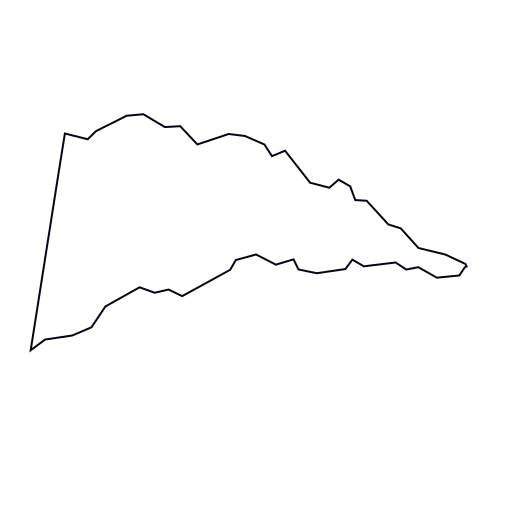 the district of Delta, Texas, United States of America, rotated 8°
{"feature_id": "52423323B91707505421918", "entity_name": "Delta", "entity_type": "district", "adm_level": 2, "iso_a3": "USA", "parent_name": "United States of America", "parent_adm1": "Texas", "projection": "orthographic", "projection_center": [-95.581, 33.357], "detail": "fine", "context": "isolated", "style": "outline", "palette": "ink", "viewbox_px": 512, "rotation_deg": 8, "n_neighbors": 0, "source": "geoboundaries", "source_scale": "gbopen_adm2", "svg_char_len": 780}
<svg xmlns="http://www.w3.org/2000/svg" viewBox="0 0 512 512"><g transform="rotate(8 256 256)"><path d="M48.8,208.6L46.0,380.7L58.7,368.1L85.1,360.3L103.0,349.5L113.9,326.9L145.1,303.2L160.8,306.5L174.1,301.4L188.5,306.0L232.3,273.3L236.6,262.8L255.8,254.5L276.9,261.8L293.7,254.1L299.9,263.4L318.5,264.6L346.3,256.5L352.0,246.2L364.2,251.2L395.2,243.0L406.7,248.5L418.3,244.5L438.1,252.3L460.0,247.0L464.5,237.9L466.0,237.1L464.5,234.7L443.2,228.2L415.8,225.5L395.5,208.5L382.6,206.3L357.9,185.9L346.5,186.8L339.6,173.9L327.2,168.9L319.1,178.2L299.4,175.9L270.1,147.7L257.9,154.9L248.8,144.4L228.4,138.7L211.9,139.0L182.4,153.7L162.9,138.0L147.8,141.0L124.7,131.3L108.4,135.1L80.2,154.6L73.1,163.8L49.7,161.3L48.8,208.6Z" fill="none" stroke="#020617" stroke-width="2"/></g></svg>